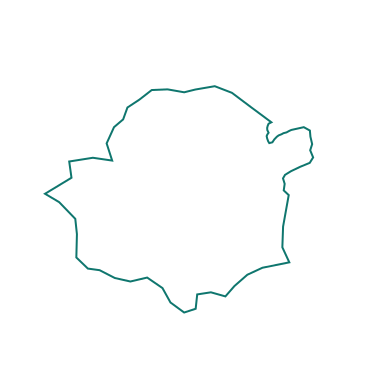 the district of Tseri, Nicosia, Cyprus, rotated 241°
{"feature_id": "46923920B56120235345444", "entity_name": "Tseri", "entity_type": "district", "adm_level": 2, "iso_a3": "CYP", "parent_name": "Cyprus", "parent_adm1": "Nicosia", "projection": "albers", "projection_center": [33.334, 35.064], "detail": "fine", "context": "isolated", "style": "outline", "palette": "teal", "viewbox_px": 384, "rotation_deg": 241, "n_neighbors": 0, "source": "geoboundaries", "source_scale": "gbopen_adm2", "svg_char_len": 1032}
<svg xmlns="http://www.w3.org/2000/svg" viewBox="0 0 384 384"><g transform="rotate(241 192 192)"><path d="M261.7,62.6L247.5,70.9L225.1,76.9L210.9,70.9L190.8,59.1L175.5,63.8L168.4,73.3L154.2,82.8L143.6,94.7L138.9,111.3L122.3,119.6L105.8,119.6L90.4,126.7L88.1,138.6L99.9,146.9L95.1,159.9L84.5,170.6L89.2,183.6L92.8,200.3L91.6,216.9L83.3,243.0L99.8,244.2L117.6,254.9L142.4,275.1L148.9,273.0L154.2,277.0L159.8,278.2L161.9,281.7L162.2,288.8L161.6,298.8L160.4,309.1L163.5,314.7L171.2,315.6L175.6,320.3L183.0,322.4L188.6,324.9L194.5,321.2L198.1,309.0L198.3,306.7L198.3,303.6L199.1,300.5L199.1,298.4L199.5,295.2L199.2,293.0L198.1,289.5L196.5,286.4L197.3,283.3L199.4,283.2L202.4,283.7L204.7,284.4L205.8,285.8L206.7,287.7L209.7,287.9L211.6,288.8L213.2,290.3L214.6,292.1L214.5,295.2L238.1,284.5L259.4,275.0L273.5,263.2L280.0,244.6L283.0,233.5L293.6,220.4L300.7,206.2L298.3,190.8L297.2,176.5L288.9,167.0L286.5,155.2L275.9,140.9L258.2,137.4L270.0,121.9L278.2,99.4L262.9,93.5L261.7,62.6Z" fill="none" stroke="#0f766e" stroke-width="2"/></g></svg>